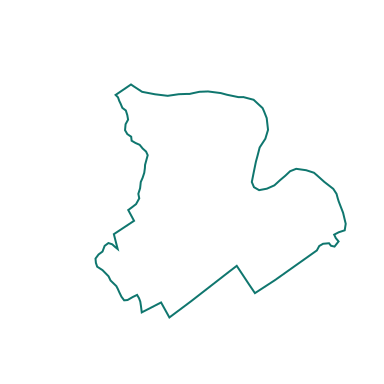 the district of Porto Xavier, Rio Grande do Sul, Brazil, rotated 57°
{"feature_id": "56859067B25276568047919", "entity_name": "Porto Xavier", "entity_type": "district", "adm_level": 2, "iso_a3": "BRA", "parent_name": "Brazil", "parent_adm1": "Rio Grande do Sul", "projection": "robinson", "projection_center": [-55.156, -27.94], "detail": "fine", "context": "isolated", "style": "outline", "palette": "teal", "viewbox_px": 384, "rotation_deg": 57, "n_neighbors": 0, "source": "geoboundaries", "source_scale": "gbopen_adm2", "svg_char_len": 1567}
<svg xmlns="http://www.w3.org/2000/svg" viewBox="0 0 384 384"><g transform="rotate(57 192 192)"><path d="M307.3,84.8L302.4,80.4L291.7,76.6L279.8,74.1L276.6,73.2L272.3,71.8L266.3,71.8L255.7,75.5L247.2,77.8L242.3,79.2L235.9,84.4L229.3,92.0L228.0,98.4L229.2,105.0L230.0,111.5L231.3,119.3L230.0,127.4L227.0,134.7L221.7,137.4L216.2,136.4L208.8,129.2L201.3,121.8L197.2,117.2L191.5,111.0L187.3,101.5L181.3,94.4L170.7,89.1L163.8,87.7L160.1,87.1L148.2,90.1L140.4,97.2L137.8,101.3L129.5,109.7L124.7,114.0L116.4,123.8L112.0,131.2L109.7,137.2L108.4,140.7L106.4,143.8L102.8,149.8L98.1,160.0L89.9,169.8L80.8,179.3L71.5,183.4L68.6,184.6L69.0,203.2L72.3,202.5L76.0,203.4L79.2,203.8L83.5,204.6L87.6,203.1L92.3,204.4L96.5,206.2L99.0,210.8L103.7,214.5L108.3,214.7L112.5,212.9L116.1,214.7L120.1,212.7L123.9,210.2L128.6,209.7L133.1,208.5L137.0,209.1L143.7,216.6L146.3,218.5L149.9,221.6L153.2,225.7L155.7,229.5L160.6,233.5L164.3,238.0L168.6,239.7L171.7,245.5L172.1,250.4L172.4,255.3L184.6,256.3L184.8,280.5L199.3,285.4L195.9,286.5L192.4,287.4L189.3,289.9L189.6,294.6L193.2,299.5L193.5,304.4L195.3,309.2L199.1,311.2L203.0,312.2L208.8,309.6L217.2,307.9L221.9,308.5L229.7,306.7L232.8,307.0L236.6,307.6L241.4,308.2L245.9,307.9L247.5,304.9L247.8,298.9L248.4,294.1L252.3,294.3L255.8,295.1L260.0,297.0L265.6,299.7L267.8,278.1L284.9,279.3L283.1,252.0L279.1,205.0L278.3,194.7L299.9,194.5L311.1,194.3L311.1,170.6L309.0,119.1L306.6,114.7L306.8,110.3L309.6,105.0L312.8,104.7L315.4,102.2L313.3,96.0L309.0,96.5L305.2,96.0L305.7,90.8L307.3,84.8Z" fill="none" stroke="#0f766e" stroke-width="2"/></g></svg>